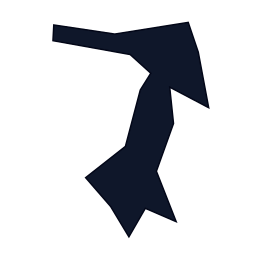 map outline of Sandys (Albers equal-area conic projection), rotated 183°
{"feature_id": "BMU-5141", "entity_name": "Sandys", "entity_type": "state/province", "adm_level": 1, "iso_a3": "BMU", "parent_name": "Bermuda", "parent_adm1": "", "projection": "albers", "projection_center": [-64.87, 32.287], "detail": "fine", "context": "isolated", "style": "filled", "palette": "ink", "viewbox_px": 256, "rotation_deg": 183, "n_neighbors": 0, "source": "natural_earth", "source_scale": "10m", "svg_char_len": 385}
<svg xmlns="http://www.w3.org/2000/svg" viewBox="0 0 256 256"><g transform="rotate(183 128 128)"><path d="M73.4,236.6L61.8,207.4L48.5,152.5L88.5,171.0L82.8,134.9L97.4,86.3L75.0,37.0L106.5,48.7L121.4,19.4L141.2,48.7L167.7,76.2L129.6,109.5L117.7,166.6L108.1,183.9L129.7,201.5L207.5,211.3L207.5,227.0L146.2,221.1L73.4,236.6Z" fill="#0f172a" stroke="#020617" stroke-width="1.5"/></g></svg>